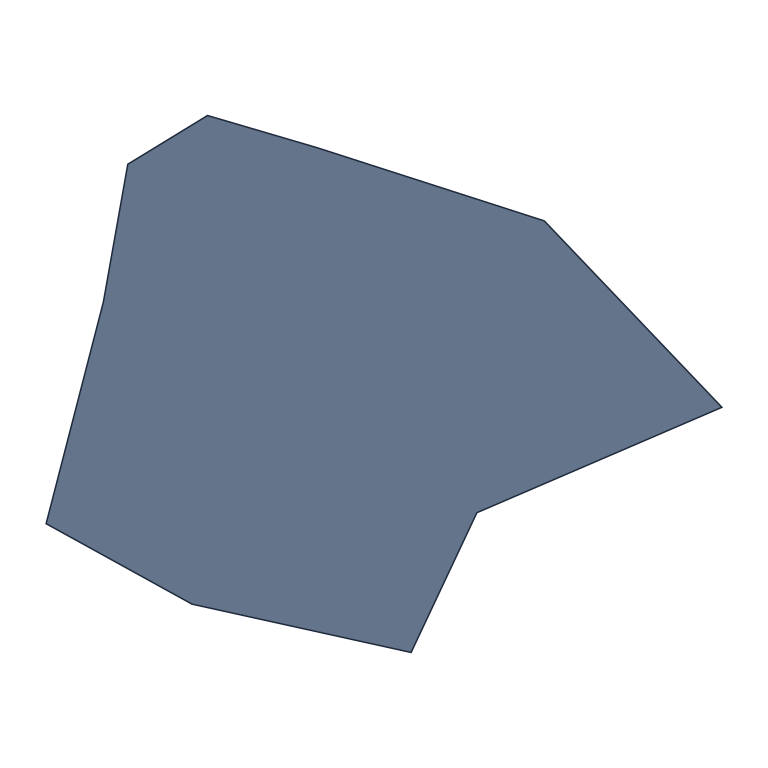 an SVG outline of Santa Venera
{"feature_id": "MLT-5943", "entity_name": "Santa Venera", "entity_type": "state/province", "adm_level": 1, "iso_a3": "MLT", "parent_name": "Malta", "parent_adm1": "", "projection": "equal_earth", "projection_center": [14.477, 35.887], "detail": "fine", "context": "isolated", "style": "filled", "palette": "slate", "viewbox_px": 768, "rotation_deg": 0, "n_neighbors": 0, "source": "natural_earth", "source_scale": "10m", "svg_char_len": 263}
<svg xmlns="http://www.w3.org/2000/svg" viewBox="0 0 768 768"><path d="M411.1,652.5L192.1,604.2L46.1,523.7L103.4,301.9L127.8,164.2L207.5,115.5L317.7,147.9L544.3,220.9L721.9,407.3L476.9,512.7L411.1,652.5Z" fill="#64748b" stroke="#1e293b" stroke-width="1.5"/></svg>